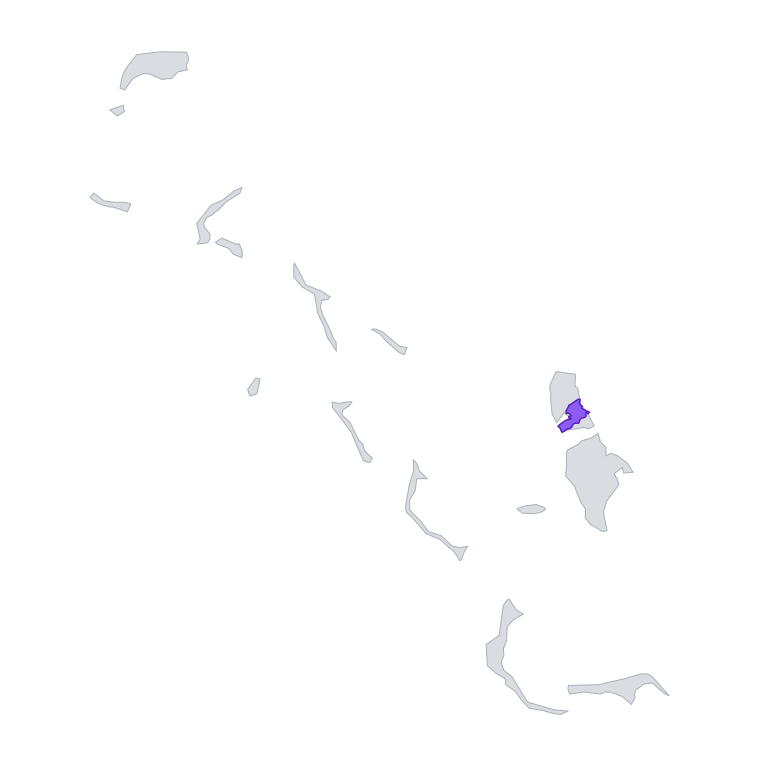 Mangrove Cay on a map of The Bahamas (Albers equal-area conic projection), rotated 184°
{"feature_id": "BHS-5021", "entity_name": "Mangrove Cay", "entity_type": "District", "adm_level": 1, "iso_a3": "BHS", "parent_name": "The Bahamas", "parent_adm1": "", "projection": "albers", "projection_center": [-77.793, 24.142], "detail": "fine", "context": "in_parent", "style": "filled", "palette": "violet", "viewbox_px": 768, "rotation_deg": 184, "n_neighbors": 0, "source": "natural_earth", "source_scale": "10m", "svg_char_len": 4198}
<svg xmlns="http://www.w3.org/2000/svg" viewBox="0 0 768 768"><g transform="rotate(184 384 384)"><path d="M196.4,305.0L196.2,317.9L197.3,327.6L196.3,331.0L185.8,337.5L183.1,341.1L173.2,344.7L167.1,349.8L164.1,341.6L158.3,336.5L157.4,327.8L152.9,330.7L146.5,328.9L135.9,322.3L129.3,313.4L138.7,311.9L140.6,317.4L148.0,310.6L146.3,307.1L145.0,306.6L142.6,299.9L153.8,282.5L156.2,271.3L151.2,253.3L155.9,252.1L168.4,258.4L174.0,264.7L174.2,273.2L179.5,279.8L187.1,295.7L196.4,305.0ZM204.8,353.9L205.0,356.3L195.3,363.1L202.4,367.9L209.0,357.4L214.2,365.9L217.1,381.8L216.7,384.6L217.1,387.0L218.2,390.0L218.4,394.4L213.1,408.4L193.8,407.0L193.3,395.2L190.4,393.0L185.9,376.2L179.9,370.8L171.5,357.0L176.4,353.5L182.8,354.7L186.2,353.0L195.1,351.7L200.6,349.8L204.8,353.9ZM666.8,672.1L663.8,680.1L653.8,695.3L630.3,699.8L604.4,701.3L602.2,697.3L601.6,693.8L603.3,688.1L603.1,685.9L601.9,683.7L611.3,681.0L617.3,673.9L627.1,672.4L639.5,676.9L646.1,676.9L655.7,671.2L663.2,659.4L667.9,660.7L666.8,672.1ZM246.2,177.1L244.2,178.0L235.8,167.4L229.1,164.3L239.6,156.7L244.1,150.2L243.9,136.0L246.4,128.3L245.5,121.5L247.8,114.7L244.7,107.0L235.9,100.9L218.6,76.7L191.4,70.8L177.3,70.6L185.0,66.7L192.2,67.1L203.2,69.5L216.4,70.6L224.4,77.7L232.2,87.1L239.1,91.0L242.0,93.4L241.7,96.1L242.9,98.7L252.0,103.1L261.2,110.2L263.9,131.2L251.6,141.2L249.5,171.6L246.2,177.1ZM124.8,89.0L136.4,92.4L142.6,92.0L146.3,89.8L163.4,90.7L177.3,87.6L179.3,93.2L178.9,96.2L149.5,98.9L122.5,107.1L107.7,112.7L100.7,113.2L95.4,110.2L77.8,92.9L82.5,94.7L95.6,104.5L103.8,102.8L111.4,96.4L112.6,91.6L111.5,89.3L114.9,81.6L124.8,89.0ZM302.0,221.2L318.0,233.2L331.6,237.6L346.4,252.5L352.8,257.8L354.0,262.7L351.8,285.0L348.6,298.5L349.2,310.3L345.7,306.8L342.2,299.1L336.4,294.8L334.4,292.5L344.7,291.8L345.5,279.7L350.4,270.0L349.5,260.1L337.4,249.2L329.1,239.7L316.5,236.7L304.7,227.2L297.8,226.1L289.3,227.8L292.3,222.1L294.4,214.5L295.9,213.0L302.0,221.2ZM482.2,495.5L481.6,498.3L468.7,477.2L453.0,472.3L444.0,467.3L445.8,464.4L452.0,463.0L452.9,456.2L450.1,449.0L441.6,434.4L436.8,424.4L434.7,422.2L433.9,413.8L443.9,426.6L448.1,438.1L454.9,449.3L459.6,468.7L472.2,475.0L481.4,484.3L482.2,495.5ZM546.4,566.7L539.5,570.1L540.9,564.5L554.0,554.8L561.1,546.4L565.2,543.3L566.6,541.0L572.4,537.8L575.2,532.4L574.2,528.1L567.9,521.2L567.9,516.1L569.9,512.5L580.1,510.6L577.5,516.0L582.0,531.1L568.9,550.4L557.4,556.5L546.4,566.7ZM433.7,357.0L434.4,362.4L427.9,361.5L418.3,363.7L414.8,363.9L416.9,360.1L423.5,355.0L423.8,350.2L415.4,343.4L405.5,326.4L400.9,322.4L398.7,316.0L390.5,309.2L392.2,305.4L393.8,304.5L399.3,306.2L412.0,330.7L412.8,333.1L433.7,357.0ZM660.9,540.3L667.0,541.6L670.4,541.4L681.8,544.2L688.7,548.4L690.2,550.1L686.8,554.2L676.1,547.1L667.0,546.5L654.3,547.1L649.1,545.9L652.2,537.8L660.9,540.3ZM559.7,511.9L562.0,513.8L555.8,518.2L541.5,513.3L538.3,513.7L535.4,508.2L534.2,504.0L534.8,500.2L543.3,502.9L548.0,508.3L559.7,511.9ZM234.8,272.2L223.8,274.4L216.0,272.3L214.0,270.5L217.4,267.6L224.7,265.1L236.5,264.8L241.7,267.7L242.4,269.0L234.8,272.2ZM400.2,437.7L396.1,438.4L388.8,435.6L371.4,422.9L363.5,421.9L366.0,414.5L372.1,417.0L386.1,428.0L391.3,433.5L400.2,437.7ZM519.6,369.3L512.1,381.1L508.0,380.2L510.0,365.6L515.3,363.2L517.4,363.2L519.6,369.3ZM676.6,638.3L663.6,643.9L662.0,637.8L668.6,632.7L676.6,638.3Z" fill="#d9dde1" stroke="#a8b0b8" stroke-width="1"/><path d="M188.8,382.6L187.3,382.2L187.3,381.0L187.7,379.5L187.7,378.2L186.6,377.0L185.3,376.2L184.5,375.5L185.1,374.6L185.1,373.8L183.2,372.6L177.1,370.2L177.7,369.4L178.4,368.6L179.8,369.6L180.3,369.3L180.4,368.5L180.4,368.0L180.5,367.0L180.2,366.5L180.2,366.0L181.0,365.1L182.0,364.5L184.6,363.7L185.7,362.8L186.1,361.9L186.8,359.3L187.1,358.5L190.5,358.2L191.7,357.7L192.7,356.9L193.0,356.2L193.2,355.4L193.8,354.1L195.3,352.8L199.3,351.2L200.4,349.7L203.1,348.2L204.0,349.6L204.8,351.3L205.6,352.7L206.8,353.3L207.4,353.9L206.5,355.2L200.5,360.2L198.1,361.5L195.1,362.1L195.1,362.8L196.8,363.0L197.6,363.8L197.1,364.7L195.4,365.1L195.0,365.5L196.0,366.5L198.4,368.0L200.0,367.3L200.5,368.5L200.3,370.4L198.7,373.5L198.3,374.8L197.8,376.0L196.4,376.7L192.8,379.6L188.8,382.6Z" fill="#8b5cf6" stroke="#5b21b6" stroke-width="1.5"/></g></svg>